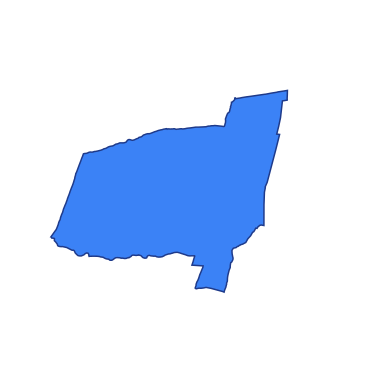 outline of Adaseni, Botosani, Romania, rotated 321°
{"feature_id": "2599482B82980263638886", "entity_name": "Adaseni", "entity_type": "district", "adm_level": 2, "iso_a3": "ROU", "parent_name": "Romania", "parent_adm1": "Botosani", "projection": "equal_earth", "projection_center": [26.935, 48.065], "detail": "fine", "context": "isolated", "style": "filled", "palette": "blue", "viewbox_px": 384, "rotation_deg": 321, "n_neighbors": 0, "source": "geoboundaries", "source_scale": "gbopen_adm2", "svg_char_len": 5998}
<svg xmlns="http://www.w3.org/2000/svg" viewBox="0 0 384 384"><g transform="rotate(321 192 192)"><path d="M323.8,180.5L324.4,179.8L324.8,179.2L327.2,176.5L330.1,173.1L327.4,171.6L321.8,168.3L320.6,167.8L316.8,165.6L315.4,164.8L313.5,163.8L310.7,162.3L310.0,161.8L309.5,161.5L297.7,154.5L294.3,152.4L292.9,151.6L290.8,150.4L290.1,150.0L289.3,149.6L288.5,149.2L284.6,146.9L284.8,146.6L284.9,146.2L284.3,145.9L283.9,146.5L283.4,146.9L282.9,147.1L282.3,147.3L281.6,147.3L280.6,147.4L279.8,147.3L279.1,147.1L278.9,147.6L278.5,147.9L277.8,148.4L276.7,149.3L275.6,149.9L275.4,150.2L275.3,150.4L275.1,150.7L274.8,150.8L274.7,150.9L274.0,151.3L273.4,151.8L273.0,152.1L272.5,152.5L272.3,152.7L272.2,152.8L271.2,153.3L270.9,153.4L270.6,153.4L270.2,153.3L269.2,153.3L266.7,154.6L265.3,155.5L264.2,156.1L263.4,157.0L263.1,157.6L262.2,158.6L261.7,159.1L261.2,159.5L260.8,159.7L260.4,160.0L259.8,160.5L259.4,160.7L258.7,161.2L258.4,161.3L258.1,161.2L257.9,161.1L256.1,159.2L254.5,157.6L253.4,156.5L251.9,155.0L251.5,154.7L251.2,154.4L250.4,154.0L250.1,153.8L249.5,153.3L249.1,153.0L248.2,152.4L247.4,152.0L246.2,151.1L245.6,150.8L245.0,150.5L244.6,150.4L244.2,150.2L243.8,150.0L237.9,145.7L235.8,144.0L230.8,141.0L229.3,140.0L228.0,139.2L226.4,138.4L225.1,137.6L224.5,137.2L224.2,136.9L223.9,136.6L223.7,136.3L223.2,135.9L222.5,135.4L220.8,134.4L220.0,133.8L219.6,133.6L219.2,133.4L219.0,133.2L218.8,133.0L218.5,132.2L218.3,132.0L218.0,131.7L217.7,131.4L216.9,131.0L214.8,129.4L213.6,128.3L212.7,127.6L212.4,127.5L212.2,127.5L212.2,127.2L212.2,126.9L212.0,126.7L211.7,126.5L211.3,126.3L210.9,126.2L210.2,125.7L209.2,125.2L208.7,125.0L208.1,124.8L206.3,123.8L205.9,123.7L205.4,123.4L205.1,123.3L204.8,123.1L203.9,122.8L203.3,122.6L202.3,122.3L201.7,122.0L200.7,121.6L199.3,121.2L196.8,120.4L195.4,119.8L195.1,119.6L194.7,119.1L194.4,118.9L194.2,118.8L193.4,118.4L193.0,118.2L192.5,118.0L191.7,117.8L190.8,117.4L190.4,117.3L190.0,117.2L189.6,117.2L188.0,117.3L187.5,117.2L186.8,117.0L185.6,116.4L185.2,116.2L184.9,116.2L184.6,116.3L184.4,116.3L184.0,116.3L183.4,116.1L182.3,115.7L181.9,115.6L181.4,115.5L180.1,115.2L179.6,115.0L178.7,114.6L178.2,114.3L177.9,114.0L177.5,113.4L177.0,112.6L176.3,111.8L175.9,111.5L175.4,111.3L174.9,111.2L174.4,111.2L173.9,111.3L172.3,111.7L172.0,111.7L171.8,111.7L171.6,111.6L170.2,111.0L169.5,110.6L169.1,110.3L168.7,109.9L167.2,108.7L166.8,108.4L166.2,108.2L164.7,107.8L164.4,107.7L164.1,107.5L163.3,107.1L163.0,106.9L162.6,106.8L160.9,106.6L159.9,106.4L159.5,106.3L159.2,106.2L158.2,105.6L157.1,105.0L156.4,104.7L156.1,104.6L155.6,104.4L154.6,104.2L153.8,104.1L153.3,104.0L153.0,104.0L152.7,103.9L152.0,103.6L151.1,103.2L150.8,103.0L150.5,103.0L149.5,102.8L148.5,102.5L147.3,102.1L146.1,101.5L144.1,100.6L142.3,99.6L141.8,99.2L141.4,99.0L140.2,98.6L139.7,98.3L139.0,97.8L138.5,97.3L138.1,96.9L137.7,96.7L137.3,96.5L136.9,96.3L135.7,96.0L135.3,95.9L134.7,95.7L134.1,95.4L132.8,94.5L132.3,94.3L131.9,94.1L131.7,94.0L131.3,94.2L130.2,94.9L129.4,95.4L127.5,96.4L125.4,97.7L121.4,100.0L115.5,103.5L114.4,104.1L113.2,104.6L112.1,105.6L110.3,106.8L109.7,107.4L109.1,107.9L108.6,108.2L107.5,108.9L106.1,109.9L104.7,110.8L102.5,112.1L101.3,112.7L99.8,113.6L97.4,115.0L96.5,115.6L95.7,116.1L94.7,116.7L92.9,117.7L92.1,118.2L91.2,118.7L89.8,119.7L88.7,120.3L86.8,121.5L85.0,122.4L83.4,123.3L81.4,124.4L78.6,126.4L78.0,126.7L76.4,127.5L75.3,128.2L74.6,128.6L73.8,129.1L73.3,129.5L72.5,130.2L71.9,130.6L71.2,130.8L69.3,131.8L67.7,133.0L65.3,134.4L62.9,135.7L61.3,136.1L54.1,138.1L54.4,138.5L54.0,139.5L55.7,141.2L55.7,141.9L55.3,142.2L54.8,142.6L54.4,143.3L54.5,144.1L54.6,144.9L54.5,147.7L53.9,149.1L54.0,149.8L54.9,151.1L55.9,152.1L57.0,152.9L59.7,156.3L62.0,161.5L62.4,162.0L63.0,162.4L63.4,162.9L63.5,163.6L62.9,166.0L63.1,168.2L63.4,169.7L64.4,170.9L65.7,172.0L68.5,172.8L70.4,172.7L71.8,173.1L72.7,174.2L72.4,175.7L71.7,176.7L71.5,177.3L72.2,177.7L74.3,179.3L77.6,182.0L79.5,183.9L79.9,184.7L81.5,186.4L81.9,186.9L82.4,188.3L82.9,189.3L83.2,189.8L83.7,190.5L84.4,191.2L85.1,192.0L85.1,192.8L85.4,193.5L86.0,194.0L86.8,194.6L87.9,194.8L90.1,194.9L91.4,195.1L92.7,196.0L94.7,197.9L95.2,198.8L96.2,199.5L97.9,201.4L99.1,202.2L101.3,202.9L101.5,203.4L103.2,203.6L103.8,203.7L104.3,203.7L104.9,203.5L105.4,203.5L106.0,203.7L106.5,204.0L107.2,204.6L108.7,206.2L109.7,206.7L110.4,207.3L110.9,207.3L112.3,209.4L112.4,210.3L112.4,211.0L112.6,212.1L113.4,213.4L114.3,214.2L115.1,214.6L115.6,214.6L116.2,214.1L116.9,213.8L117.5,213.8L118.5,214.1L119.0,214.4L119.3,214.9L119.5,215.3L119.9,215.8L120.5,216.4L121.4,217.3L122.1,218.0L122.7,218.4L123.1,218.7L123.4,219.2L123.8,220.1L124.9,221.4L126.6,222.7L127.2,222.9L127.7,223.4L129.1,223.8L130.1,224.0L130.7,224.1L131.4,224.1L131.9,224.3L134.0,225.1L135.0,225.5L135.9,226.2L136.9,226.6L137.7,226.9L138.7,227.4L139.3,227.5L140.3,228.0L141.8,229.0L142.8,229.8L144.2,231.7L145.3,233.5L146.2,234.8L146.7,235.6L147.3,236.4L148.0,237.7L148.8,239.0L149.4,239.6L150.1,240.3L151.5,241.3L153.8,243.2L153.8,243.5L150.8,245.5L149.2,246.7L145.9,248.8L154.1,256.4L152.9,257.5L151.5,258.2L149.0,259.6L145.8,261.3L143.9,262.6L142.6,263.4L140.8,264.4L139.2,265.0L137.4,266.1L136.9,266.5L136.5,267.1L134.2,268.5L133.9,269.0L134.4,269.9L136.7,271.0L138.6,272.6L140.7,273.9L142.9,275.0L146.1,278.8L153.1,288.5L153.6,289.4L153.9,290.0L155.6,288.8L158.2,287.4L159.9,286.1L160.8,285.5L161.7,284.4L162.4,284.1L163.4,283.5L165.5,281.1L167.0,279.7L168.5,278.5L171.7,276.1L174.1,274.8L175.7,273.0L177.6,271.3L178.8,271.4L181.2,270.3L182.3,269.2L182.9,267.9L184.4,265.1L186.3,262.5L188.7,261.7L190.5,262.5L191.1,262.9L193.1,262.9L193.6,263.3L195.3,263.3L195.7,263.6L196.4,263.5L198.8,264.5L199.7,264.6L202.0,265.1L206.0,263.5L210.1,262.9L213.6,261.5L215.0,261.7L216.3,261.3L218.7,260.2L219.6,261.2L221.2,260.6L223.7,260.6L225.0,261.2L226.8,263.3L240.0,247.1L248.2,237.7L251.7,234.8L251.9,234.2L256.5,231.8L284.2,211.5L296.3,202.4L294.3,200.3L300.7,195.5L307.5,190.0L319.6,178.1L320.0,178.3L321.1,179.0L323.8,180.5Z" fill="#3b82f6" stroke="#1e3a8a" stroke-width="1.5"/></g></svg>